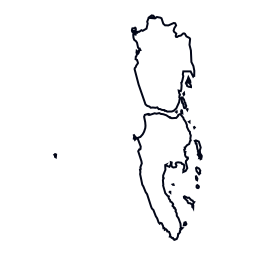 outline of Ko Lanta, Krabi, Thailand
{"feature_id": "78962969B16427813486063", "entity_name": "Ko Lanta", "entity_type": "district", "adm_level": 2, "iso_a3": "THA", "parent_name": "Thailand", "parent_adm1": "Krabi", "projection": "robinson", "projection_center": [99.092, 7.662], "detail": "fine", "context": "isolated", "style": "outline", "palette": "ink", "viewbox_px": 256, "rotation_deg": 0, "n_neighbors": 0, "source": "geoboundaries", "source_scale": "gbopen_adm2", "svg_char_len": 5980}
<svg xmlns="http://www.w3.org/2000/svg" viewBox="0 0 256 256"><path d="M156.9,17.0L155.0,18.4L148.7,17.8L147.2,21.7L147.7,23.5L146.5,28.6L142.7,30.8L141.4,30.2L139.2,31.8L138.3,31.7L136.8,33.3L137.3,31.9L136.6,31.9L136.1,32.4L135.6,34.6L133.8,34.2L133.2,34.8L133.5,37.8L134.2,39.8L136.0,41.2L137.0,42.7L138.0,47.3L138.7,48.4L139.6,48.5L140.4,50.1L138.9,50.5L139.0,51.8L138.7,52.7L137.9,53.9L136.9,54.5L136.3,56.2L135.8,56.7L135.6,59.2L137.0,59.9L137.9,62.6L137.9,63.3L136.3,65.5L135.6,67.3L134.8,68.1L134.6,69.2L138.6,84.5L145.5,104.4L147.1,105.8L149.5,106.6L150.7,107.7L152.8,107.5L155.6,107.8L157.3,107.4L158.7,109.1L160.0,109.0L161.9,109.9L164.5,110.1L164.7,110.8L166.4,111.0L167.2,111.6L171.9,111.5L173.8,110.7L176.3,108.4L179.1,102.2L179.8,98.1L179.8,97.5L179.3,97.2L179.5,95.7L180.0,94.8L179.2,93.2L178.7,90.6L180.8,91.1L181.3,89.4L181.6,85.4L181.3,82.7L181.7,82.5L182.5,79.9L183.3,76.1L182.8,74.4L183.3,71.4L190.6,71.4L193.2,76.6L193.8,75.9L194.2,75.9L194.3,70.8L193.4,66.1L191.4,62.0L190.9,50.5L189.5,44.8L190.1,39.0L189.5,38.0L186.4,36.4L184.9,33.8L184.1,33.4L183.2,33.5L180.8,35.6L178.6,36.0L177.1,37.0L176.1,36.9L175.7,36.0L176.3,33.6L174.1,31.8L173.6,30.7L174.3,28.2L176.1,25.4L175.2,23.3L173.8,23.0L168.4,25.4L165.0,25.3L163.3,23.7L161.5,18.3L160.4,17.7L156.9,17.0ZM160.8,113.9L159.3,113.1L156.5,113.7L154.6,113.3L149.7,114.9L148.4,114.8L148.2,114.6L148.6,114.0L148.2,113.9L144.8,114.9L144.1,116.8L145.2,122.1L145.5,125.7L145.3,128.0L144.1,131.7L142.7,134.3L140.4,136.9L136.9,138.2L135.3,136.9L133.5,134.4L134.2,136.0L133.8,138.6L134.3,138.7L134.9,139.8L135.3,139.3L135.0,138.6L135.6,138.2L137.9,139.1L140.7,146.5L140.5,149.0L139.9,149.5L139.3,149.4L138.2,151.2L141.4,161.1L141.8,163.4L140.4,167.2L140.7,169.0L140.5,169.6L140.0,169.7L140.4,172.0L140.1,174.1L142.3,184.7L143.3,186.3L145.7,192.2L147.1,194.2L151.1,206.6L151.9,208.5L153.4,210.0L155.8,216.2L157.2,218.4L158.6,222.4L159.7,223.7L160.7,222.9L161.8,223.4L163.1,226.2L163.4,228.2L164.3,228.0L164.7,228.4L164.8,229.8L166.0,229.3L167.2,230.5L167.2,231.4L169.1,231.9L170.3,235.0L169.8,236.6L170.9,236.8L171.6,237.8L172.9,237.9L173.2,238.8L174.2,239.2L174.4,240.6L174.8,239.4L176.6,239.1L177.8,236.7L178.2,233.8L179.0,233.6L180.1,232.0L179.8,231.2L180.5,230.1L180.2,228.8L180.8,228.0L180.5,223.7L178.5,218.3L176.8,215.8L176.7,213.4L175.5,211.1L175.8,210.6L175.7,209.5L174.7,208.5L174.7,207.9L173.8,207.7L173.7,206.7L172.6,206.1L172.6,205.3L173.2,204.4L173.0,203.7L171.6,202.1L170.3,201.5L170.1,200.2L168.9,198.7L168.5,197.1L168.8,196.4L167.6,195.9L165.3,193.2L163.1,185.5L163.3,184.9L162.9,180.0L163.7,178.2L163.1,177.9L163.2,175.4L165.4,169.8L165.2,165.1L166.1,164.7L165.9,165.0L166.6,165.7L169.4,166.8L170.9,164.2L170.8,162.2L171.7,162.5L171.4,165.0L171.6,165.9L172.2,166.9L173.3,167.5L175.9,167.1L176.5,165.5L175.6,163.8L176.2,162.7L178.1,162.3L181.4,162.8L182.1,164.0L183.7,164.4L184.2,165.4L184.2,167.7L183.3,169.8L183.6,170.1L183.3,172.0L185.6,171.0L187.3,168.1L185.8,162.1L186.1,160.7L186.8,160.2L187.5,158.9L187.9,158.8L188.0,158.2L187.7,157.4L186.5,157.4L185.5,156.2L185.0,154.7L185.2,153.3L184.9,152.8L185.4,152.0L184.6,151.7L184.2,149.6L185.1,148.9L184.7,147.5L185.3,147.3L187.0,145.2L189.2,144.0L190.1,140.9L190.7,140.5L190.3,138.6L190.8,135.5L190.0,133.6L189.9,131.8L188.8,130.8L186.9,126.8L186.9,125.0L185.5,121.7L183.7,119.2L183.4,117.9L180.5,114.3L179.8,114.2L178.2,115.1L178.0,116.0L176.3,117.9L171.9,118.2L170.1,117.7L170.2,116.4L169.7,117.5L166.4,115.3L163.2,114.2L160.8,113.9ZM195.9,140.4L194.8,140.9L195.7,142.3L195.7,143.2L196.3,143.5L196.1,143.9L196.6,144.3L197.4,149.0L198.1,150.8L198.4,150.9L197.9,151.8L198.4,152.5L198.4,153.5L198.0,154.1L198.5,154.3L198.1,155.0L198.4,155.2L200.1,153.1L199.8,150.5L200.7,147.5L198.8,141.6L195.9,140.4ZM187.7,197.9L184.6,196.3L183.9,196.7L184.0,197.8L187.5,201.0L187.5,201.7L188.3,203.1L190.3,203.3L192.2,204.7L192.3,206.8L192.7,206.8L193.2,207.8L193.3,205.6L192.9,204.1L194.2,202.1L193.4,201.9L192.6,200.6L191.4,200.2L188.9,197.6L187.7,197.9ZM185.0,108.2L186.1,106.6L186.2,105.7L185.4,104.1L185.4,103.1L184.7,102.4L184.0,99.6L182.5,97.5L182.0,97.4L181.5,98.5L182.2,102.9L183.0,103.5L184.1,107.9L185.0,108.2ZM199.1,168.6L196.8,167.4L196.0,168.1L196.6,171.1L199.1,174.3L200.2,173.2L199.9,172.2L200.3,170.7L199.1,168.6ZM191.0,87.1L191.0,86.0L190.4,84.4L187.6,81.6L186.5,83.5L187.1,85.9L188.5,86.7L191.0,87.1ZM135.7,28.2L135.1,27.7L134.6,28.2L132.4,28.4L131.9,30.2L132.1,31.3L135.5,30.5L135.9,29.9L135.7,28.2ZM201.7,155.7L200.1,153.3L200.0,154.1L200.3,154.6L199.4,155.1L199.7,156.2L199.1,156.7L199.5,157.3L199.3,157.9L200.0,157.7L200.5,159.2L201.3,158.8L201.2,157.8L201.7,157.0L201.7,155.7ZM154.9,17.6L153.3,15.7L151.7,15.4L149.5,17.0L151.5,17.7L154.9,17.6ZM190.3,81.9L190.2,80.9L188.4,77.3L188.0,78.5L188.2,80.3L189.4,81.6L190.3,81.9ZM185.6,225.1L186.4,224.0L185.6,222.2L184.4,222.6L183.8,225.3L185.6,225.1ZM198.0,188.1L198.7,187.6L198.9,186.7L198.5,185.9L197.3,185.1L196.7,185.6L196.5,187.0L197.0,187.8L198.0,188.1ZM197.1,180.2L197.4,178.6L195.9,175.6L196.0,178.6L196.4,179.8L197.1,180.2ZM133.8,33.9L135.3,33.7L135.4,32.7L134.9,31.7L134.0,31.3L133.4,33.3L133.8,33.9ZM55.1,154.1L54.3,154.8L55.0,155.5L55.0,156.8L55.8,157.3L56.1,154.5L55.1,154.1ZM137.3,53.3L137.9,52.8L137.7,51.7L136.7,50.9L136.5,52.8L137.3,53.3ZM182.3,113.2L182.0,110.5L181.5,110.3L181.1,111.2L181.3,112.7L182.3,113.2ZM183.8,94.9L184.2,94.4L184.0,93.0L183.3,93.8L183.8,94.9ZM187.0,82.1L187.3,81.4L187.1,80.6L186.3,82.2L187.0,82.1ZM176.6,112.4L176.8,112.1L176.7,111.5L176.1,112.0L176.6,112.4ZM182.4,228.1L181.6,228.0L181.8,228.7L182.4,228.1ZM173.6,184.9L173.4,184.3L172.7,184.5L173.1,184.9L173.6,184.9ZM194.3,127.0L194.0,127.2L194.3,128.0L194.8,127.5L194.3,127.0ZM186.3,84.5L186.4,82.9L186.1,83.5L186.3,84.5ZM170.3,191.8L169.7,191.8L169.6,192.0L170.3,192.6L170.3,191.8ZM133.0,32.5L133.2,32.0L133.2,31.6L132.7,32.0L133.0,32.5ZM187.3,110.0L187.6,109.2L187.2,109.0L187.0,109.5L187.3,110.0ZM189.5,121.5L189.0,121.8L189.5,122.2L189.5,121.5Z" fill="none" stroke="#020617" stroke-width="2"/></svg>